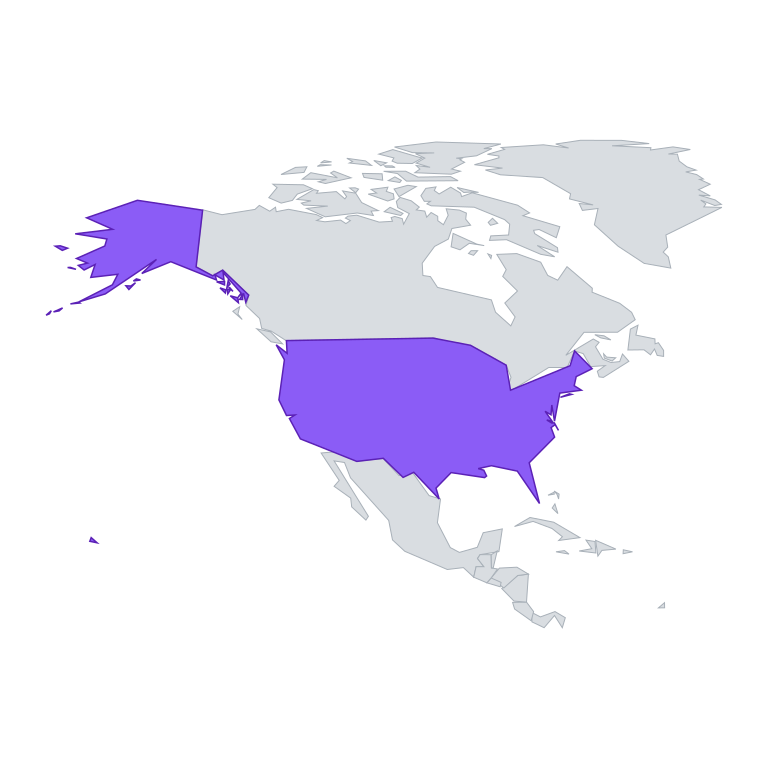 location of United States of America within North America
{"feature_id": "USA", "entity_name": "United States of America", "entity_type": "country or territory", "adm_level": 0, "iso_a3": "USA", "parent_name": "North America", "parent_adm1": "", "projection": "robinson", "projection_center": [-126.716, 45.186], "detail": "medium", "context": "in_parent", "style": "filled", "palette": "violet", "viewbox_px": 768, "rotation_deg": 0, "n_neighbors": 17, "source": "natural_earth", "source_scale": "50m", "svg_char_len": 9324}
<svg xmlns="http://www.w3.org/2000/svg" viewBox="0 0 768 768"><path d="M286.1,340.6L271.2,331.1L261.7,328.4L259.6,318.5L246.0,305.5L248.8,295.0L222.7,270.1L212.7,275.8L196.1,266.8L202.7,209.8L222.0,214.7L255.0,209.4L259.3,205.4L269.7,211.2L275.5,207.2L276.2,211.7L288.5,209.3L316.3,214.6L322.6,217.6L316.6,220.5L324.9,221.8L340.6,220.1L345.9,223.6L350.4,220.6L345.4,218.1L348.0,216.1L356.8,215.2L379.1,222.1L392.5,221.3L391.1,217.6L394.8,216.5L402.2,218.6L403.6,224.2L409.3,213.6L397.8,207.6L396.3,201.5L400.1,197.4L411.2,200.8L419.3,207.1L416.3,209.9L424.8,211.1L426.7,217.2L431.1,212.5L437.7,216.3L437.8,220.7L443.4,224.7L448.2,215.3L446.2,208.8L459.4,210.1L466.4,213.1L465.7,219.2L470.6,225.2L451.9,228.5L448.3,239.1L434.6,246.4L422.2,263.2L422.9,275.5L430.4,276.6L437.5,287.4L491.4,299.9L495.5,312.2L510.8,325.9L515.1,316.9L504.8,303.0L517.5,291.0L502.7,276.4L506.2,269.7L496.8,254.4L516.8,253.6L540.7,262.2L547.7,275.4L557.7,280.2L567.0,266.7L592.3,288.2L592.1,292.2L619.7,303.3L631.6,312.3L635.2,319.7L617.6,332.2L584.0,332.3L565.8,355.3L593.3,339.0L599.1,342.3L595.5,346.8L602.9,359.2L611.0,362.5L619.7,361.6L622.5,354.0L628.9,361.3L603.4,377.4L599.1,376.9L597.3,371.2L605.2,365.6L590.7,366.6L583.2,353.6L574.6,351.0L567.1,367.5L548.7,367.5L511.9,390.2L507.6,388.2L511.0,377.3L506.2,365.2L470.5,345.3L453.3,346.4L434.9,338.0L286.1,340.6ZM468.5,253.5L471.1,250.7L477.6,250.7L473.5,255.3L468.5,253.5ZM463.8,192.5L457.1,187.5L478.6,192.4L469.5,192.1L463.8,192.5ZM490.9,258.6L487.9,253.9L491.6,255.4L490.9,258.6ZM401.4,180.4L399.8,182.5L388.3,180.6L394.9,176.9L401.4,180.4ZM395.1,167.4L385.9,167.2L384.3,165.8L392.2,165.9L395.1,167.4ZM373.8,160.5L386.6,162.8L380.8,165.7L373.8,160.5ZM458.1,180.7L406.5,181.1L397.4,173.5L383.6,171.3L405.6,171.2L418.0,177.1L450.5,176.6L458.1,180.7ZM320.2,164.7L331.5,165.0L317.3,166.3L320.2,164.7ZM324.2,160.6L331.6,161.9L320.6,162.9L324.2,160.6ZM638.0,325.2L635.9,335.1L654.9,338.9L655.1,343.8L658.4,342.7L663.6,350.4L663.6,356.4L657.2,355.4L654.5,349.0L650.5,354.8L644.0,349.8L627.9,350.0L630.4,329.1L638.0,325.2ZM453.1,233.4L476.8,244.1L484.2,245.6L469.3,243.3L460.0,249.8L451.1,246.8L453.1,233.4ZM461.6,196.6L472.2,192.8L517.6,205.2L529.6,212.9L522.9,215.7L559.8,226.7L556.3,237.7L539.1,229.5L533.6,230.3L534.7,233.6L557.5,247.7L558.0,252.2L537.2,245.5L554.7,256.8L540.7,254.3L506.5,239.7L489.5,240.4L490.8,235.9L508.6,235.0L509.7,224.2L504.6,219.6L474.2,207.2L431.2,205.8L426.9,203.9L430.4,201.3L424.3,201.3L420.9,195.7L425.8,188.4L436.0,186.9L434.3,190.5L439.1,194.0L450.7,187.2L460.5,193.0L461.6,196.6ZM394.1,189.0L407.9,185.3L416.3,186.6L399.0,196.6L394.1,189.0ZM281.0,174.5L295.5,167.4L306.9,166.8L304.0,172.4L281.0,174.5ZM232.8,311.3L239.7,306.7L237.9,314.1L242.2,319.5L232.8,311.3ZM346.8,158.3L365.5,160.9L371.5,165.4L349.3,163.0L352.6,161.5L346.8,158.3ZM282.6,343.9L271.1,341.8L256.8,328.8L270.5,331.9L282.6,343.9ZM272.9,184.2L303.5,184.8L312.4,188.7L297.3,194.1L292.4,200.4L281.2,203.1L268.8,197.7L277.1,187.6L272.9,184.2ZM333.8,171.1L351.1,177.8L325.4,183.5L318.4,181.8L326.5,179.4L302.3,179.1L310.8,172.7L337.4,177.8L330.6,173.0L333.8,171.1ZM342.6,190.9L355.7,193.2L361.7,202.6L378.3,210.6L371.1,211.1L373.4,215.5L357.2,213.0L325.2,216.8L306.6,208.4L327.8,206.1L303.8,205.1L301.3,203.1L311.1,200.8L296.9,199.4L313.8,189.6L318.3,190.7L316.5,193.3L336.3,191.6L344.9,198.9L346.6,196.6L342.6,190.9ZM376.6,193.0L371.1,189.4L387.9,187.2L386.3,191.4L393.4,193.8L394.1,198.9L387.7,201.0L368.2,194.1L376.6,193.0ZM349.6,188.0L355.1,187.8L358.6,189.1L355.7,192.7L349.6,188.0ZM362.5,173.4L382.1,173.8L382.7,180.2L364.0,177.4L362.5,173.4ZM378.8,154.1L392.8,149.6L422.1,158.1L412.3,163.5L397.2,163.2L392.1,161.1L393.9,157.9L378.8,154.1ZM394.5,147.0L436.1,142.0L500.9,144.0L483.8,148.6L491.9,148.6L476.5,155.8L456.2,158.2L461.9,158.8L459.9,159.8L464.6,162.3L451.6,169.0L460.4,171.2L451.4,174.2L414.8,172.7L419.9,169.1L416.2,165.5L430.1,167.3L416.2,163.1L424.8,158.1L415.5,153.7L434.2,152.9L412.4,152.6L394.5,147.0ZM497.7,223.3L490.5,225.3L488.2,222.4L492.5,218.3L497.7,223.3ZM390.1,207.3L403.0,213.4L400.7,215.5L384.2,211.7L390.1,207.3ZM594.8,334.7L604.0,335.8L610.9,339.9L600.8,337.9L594.8,334.7ZM603.6,353.8L606.6,357.1L615.7,357.8L612.1,361.0L604.3,358.1L603.6,353.8Z" fill="#d9dde1" stroke="#a8b0b8" stroke-width="1"/><path d="M595.0,541.5L595.9,553.0L579.2,551.0L591.8,548.7L586.0,540.1L595.0,541.5Z" fill="#d9dde1" stroke="#a8b0b8" stroke-width="1"/><path d="M597.9,556.1L595.6,540.3L615.9,549.1L601.9,550.4L597.9,556.1Z" fill="#d9dde1" stroke="#a8b0b8" stroke-width="1"/><path d="M548.0,495.2L553.9,492.3L554.3,494.1L548.0,495.2ZM554.1,491.0L559.1,494.1L558.6,499.0L557.1,494.5L554.1,491.0ZM552.2,508.0L554.9,503.9L557.9,513.6L552.2,508.0Z" fill="#d9dde1" stroke="#a8b0b8" stroke-width="1"/><path d="M555.7,144.0L580.4,140.3L621.8,140.4L649.2,143.6L612.1,145.8L650.9,147.7L650.5,150.0L673.0,146.9L690.3,149.5L668.4,154.0L677.4,154.2L679.2,161.1L686.9,166.8L696.1,170.1L685.7,171.9L696.7,174.6L703.4,179.0L699.6,179.4L710.2,184.2L698.5,189.7L710.3,195.9L698.8,195.1L715.1,199.9L721.4,204.4L714.8,205.5L700.7,200.1L705.9,203.9L703.8,206.9L721.9,207.4L665.9,235.0L667.7,247.1L663.2,252.1L668.3,256.9L670.8,268.1L644.2,263.4L618.1,246.2L594.4,224.8L598.0,208.5L582.4,210.4L579.2,203.5L593.1,204.9L569.5,198.9L570.6,193.7L542.8,177.6L500.5,174.8L485.4,170.0L502.5,168.1L474.4,164.7L498.9,157.8L498.9,156.0L487.4,154.3L504.6,149.4L501.3,147.5L543.4,144.8L568.6,148.0L555.7,144.0Z" fill="#d9dde1" stroke="#a8b0b8" stroke-width="1"/><path d="M321.1,453.0L335.0,451.8L356.9,461.3L383.0,458.4L399.0,475.6L412.2,472.1L429.1,495.6L440.5,499.0L437.4,522.7L450.3,547.6L459.4,552.4L477.3,547.3L483.2,532.7L502.3,528.9L498.9,551.6L480.1,554.6L477.5,558.5L483.9,566.7L476.1,566.7L473.7,577.2L463.4,567.6L447.3,569.5L404.8,551.3L392.5,539.9L388.7,520.4L350.5,477.8L344.5,462.5L334.1,460.9L368.4,516.3L365.9,520.1L351.7,506.9L350.7,498.1L334.1,486.3L339.2,480.4L321.1,453.0Z" fill="#d9dde1" stroke="#a8b0b8" stroke-width="1"/><path d="M565.3,617.7L562.3,627.7L554.5,615.5L544.1,627.7L532.0,621.9L531.2,612.2L540.4,616.9L555.0,611.6L565.3,617.7Z" fill="#d9dde1" stroke="#a8b0b8" stroke-width="1"/><path d="M533.6,611.6L531.2,620.8L514.6,609.0L512.6,602.4L526.5,602.1L533.6,611.6Z" fill="#d9dde1" stroke="#a8b0b8" stroke-width="1"/><path d="M526.5,602.1L514.0,601.1L501.7,588.5L517.7,575.5L528.4,574.1L526.5,602.1Z" fill="#d9dde1" stroke="#a8b0b8" stroke-width="1"/><path d="M528.4,574.1L517.7,575.5L503.8,588.0L491.1,578.0L499.4,568.1L516.9,567.2L528.4,574.1Z" fill="#d9dde1" stroke="#a8b0b8" stroke-width="1"/><path d="M491.1,578.0L501.1,582.4L500.2,586.8L486.8,582.8L491.1,578.0Z" fill="#d9dde1" stroke="#a8b0b8" stroke-width="1"/><path d="M473.7,577.2L476.1,566.7L483.9,566.7L477.5,558.5L480.1,554.6L491.2,554.7L491.4,567.9L497.5,569.0L491.1,578.0L486.8,582.8L473.7,577.2Z" fill="#d9dde1" stroke="#a8b0b8" stroke-width="1"/><path d="M491.2,554.7L497.2,550.9L493.2,567.9L491.4,567.9L491.2,554.7Z" fill="#d9dde1" stroke="#a8b0b8" stroke-width="1"/><path d="M623.3,549.8L632.5,551.8L623.1,553.7L623.3,549.8Z" fill="#d9dde1" stroke="#a8b0b8" stroke-width="1"/><path d="M556.0,551.8L564.5,550.6L569.0,554.1L556.0,551.8Z" fill="#d9dde1" stroke="#a8b0b8" stroke-width="1"/><path d="M530.0,517.5L553.7,522.2L579.9,537.6L558.7,540.5L562.4,536.7L552.0,528.5L533.1,521.4L514.5,526.5L530.0,517.5Z" fill="#d9dde1" stroke="#a8b0b8" stroke-width="1"/><path d="M658.4,607.9L664.5,602.7L664.6,607.8L658.4,607.9Z" fill="#d9dde1" stroke="#a8b0b8" stroke-width="1"/><path d="M510.5,390.2L570.1,365.7L574.6,350.9L592.1,368.7L576.2,376.6L574.2,385.7L581.4,390.2L559.8,393.1L554.5,421.2L551.8,405.0L551.0,414.8L545.1,411.3L552.6,421.9L552.0,422.3L550.4,420.8L546.8,420.0L551.7,423.0L554.4,422.9L558.5,430.4L555.1,424.6L551.1,427.6L554.6,437.1L529.2,462.8L539.5,503.5L517.3,471.1L491.4,465.7L478.2,468.6L483.8,470.2L486.6,476.0L484.6,477.6L451.1,472.6L436.0,488.1L439.2,499.0L413.8,472.3L403.1,477.4L383.3,458.3L356.8,461.4L300.4,438.9L289.4,418.5L294.9,415.0L286.5,415.5L278.9,399.9L284.4,359.8L276.2,344.8L287.1,353.3L286.4,340.6L433.1,338.1L470.5,345.3L506.2,365.2L510.5,390.2ZM248.7,295.1L245.8,302.4L243.7,293.9L239.9,295.2L238.1,297.2L241.1,293.1L223.1,272.5L224.0,280.0L215.0,274.9L216.5,280.0L170.8,261.7L141.8,273.5L156.5,259.4L105.3,293.9L78.8,301.9L112.4,284.8L117.8,274.3L90.8,277.4L95.1,264.5L84.1,270.0L78.3,265.4L87.5,263.1L76.5,258.5L104.8,246.0L106.9,239.0L75.2,233.8L112.6,229.3L86.6,217.8L137.4,200.3L202.6,210.2L196.1,266.9L212.7,275.8L222.7,270.1L248.7,295.1ZM135.5,282.7L128.9,289.5L125.9,285.8L130.9,286.0L135.5,282.7ZM230.3,295.8L237.8,297.8L238.4,302.7L230.3,295.8ZM97.1,542.8L89.8,541.3L91.2,537.6L97.1,542.8ZM55.3,246.2L60.3,245.8L67.6,248.2L62.3,250.4L55.3,246.2ZM216.6,281.8L224.6,281.5L224.5,284.9L216.6,281.8ZM70.5,267.4L76.0,269.3L67.6,267.5L70.5,267.4ZM220.0,287.9L225.8,289.8L225.3,293.0L220.0,287.9ZM226.9,287.6L228.2,280.7L230.1,284.0L226.9,287.6ZM70.4,303.9L78.6,302.1L79.9,303.0L70.4,303.9ZM242.5,294.7L242.7,299.5L239.6,299.4L242.5,294.7ZM569.4,393.8L571.6,394.4L560.4,397.3L569.4,393.8ZM229.7,287.6L233.0,291.4L229.1,287.9L229.7,287.6ZM53.5,311.9L62.6,307.9L59.1,310.9L53.5,311.9ZM136.4,278.9L140.5,280.0L133.4,281.0L136.4,278.9ZM227.1,289.0L230.2,290.2L227.8,293.9L227.1,289.0ZM51.3,310.7L49.5,313.8L46.1,315.2L51.3,310.7Z" fill="#8b5cf6" stroke="#5b21b6" stroke-width="1.5"/></svg>